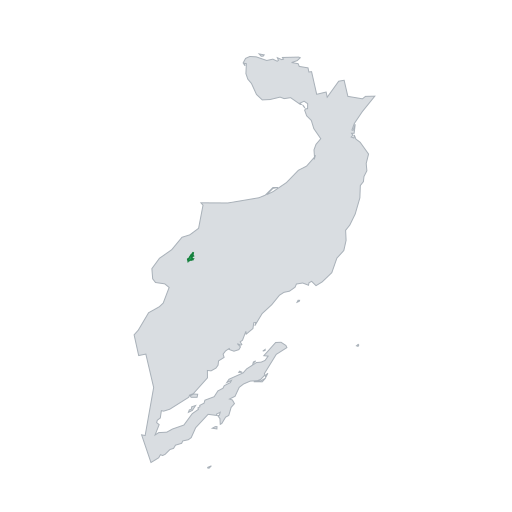 location of Escobedo, Coahuila, Mexico, rotated 257°
{"feature_id": "50627088B23195967378884", "entity_name": "Escobedo", "entity_type": "district", "adm_level": 2, "iso_a3": "MEX", "parent_name": "Mexico", "parent_adm1": "Coahuila", "projection": "equal_earth", "projection_center": [-101.288, 27.307], "detail": "fine", "context": "in_parent", "style": "filled", "palette": "green", "viewbox_px": 512, "rotation_deg": 257, "n_neighbors": 0, "source": "geoboundaries", "source_scale": "gbopen_adm2", "svg_char_len": 4831}
<svg xmlns="http://www.w3.org/2000/svg" viewBox="0 0 512 512"><g transform="rotate(257 256 256)"><path d="M78.4,107.2L107.5,104.3L106.0,107.6L150.9,126.7L185.2,126.6L185.4,119.3L206.6,119.5L210.2,124.6L224.9,138.6L228.3,150.4L231.0,155.0L244.9,164.3L249.4,160.8L252.8,152.1L257.0,150.2L267.1,151.7L275.5,161.4L281.1,175.3L290.9,188.1L291.5,196.2L295.9,206.3L317.4,215.8L320.2,214.3L314.0,240.5L312.1,271.9L313.2,278.7L318.9,287.9L317.8,292.8L318.1,287.8L313.3,280.1L314.9,287.2L320.7,302.2L330.0,316.6L332.2,325.5L338.8,334.7L337.0,334.4L340.8,336.6L339.6,335.3L346.4,336.4L351.3,339.6L355.7,345.5L367.1,341.0L375.6,340.4L381.2,336.9L387.1,336.2L388.3,337.5L387.9,339.4L392.8,340.6L396.0,337.7L395.0,333.0L393.5,334.2L393.8,333.2L402.5,325.3L403.0,318.9L405.4,315.2L405.3,304.9L406.7,297.2L413.3,292.8L425.1,290.4L430.2,287.8L436.0,287.2L445.6,289.9L446.3,288.2L443.8,288.1L447.0,286.9L450.9,290.3L451.8,294.9L450.0,301.0L444.1,310.4L444.0,316.7L441.0,320.5L441.6,321.9L444.4,321.4L441.5,325.3L441.6,327.0L443.5,326.4L440.2,342.3L439.2,343.7L437.1,340.1L436.5,334.2L433.9,340.3L431.0,340.8L427.6,349.0L423.4,348.9L423.1,351.6L399.9,351.5L400.0,361.2L394.7,361.1L407.7,375.9L407.4,381.4L390.9,381.4L385.2,395.1L386.9,398.6L385.0,407.7L372.8,392.1L363.1,381.7L357.2,377.8L356.5,378.8L362.0,382.3L353.5,379.2L354.1,376.7L351.9,377.7L350.5,375.5L348.9,377.9L351.8,379.0L347.5,379.6L343.3,383.1L330.0,388.6L321.4,384.2L314.1,383.2L309.2,379.1L304.3,377.4L301.2,373.5L289.3,370.3L274.6,362.1L265.0,354.3L260.9,349.1L251.0,347.3L241.6,342.8L235.7,334.3L222.7,326.1L215.9,314.7L213.6,307.8L218.8,304.5L218.0,301.6L215.7,300.6L219.2,295.4L219.6,289.1L216.8,287.0L214.2,280.7L214.3,275.0L212.5,270.0L205.0,260.4L198.5,249.0L188.3,239.1L191.2,241.0L191.5,238.8L186.0,236.7L182.1,228.9L184.9,229.2L177.0,223.9L175.9,221.3L172.9,222.3L172.5,221.1L174.8,218.1L170.9,220.4L168.6,218.2L168.2,213.1L171.1,208.6L172.1,209.5L170.3,204.9L167.8,201.9L164.4,202.1L162.2,195.9L158.2,194.5L155.8,191.8L154.2,186.4L155.4,182.9L148.2,181.3L136.0,164.0L135.4,160.0L133.5,158.7L126.1,137.5L125.6,131.1L126.6,129.0L119.7,126.3L118.2,122.9L116.0,121.7L113.5,123.7L104.3,117.4L105.8,121.5L104.4,129.4L106.2,135.7L107.5,147.7L116.7,158.4L119.6,165.5L121.0,165.2L121.7,167.4L123.1,167.6L124.3,172.3L127.0,173.8L128.3,183.6L133.1,188.5L134.6,194.1L136.8,195.9L138.4,202.5L140.3,204.1L139.3,199.1L142.0,202.0L145.0,217.2L148.1,221.5L152.1,232.5L151.4,237.1L152.2,241.3L155.7,245.3L157.1,241.2L167.3,255.7L166.3,261.0L162.1,265.0L159.8,265.5L155.6,253.6L139.5,237.7L138.1,237.9L134.8,233.0L134.2,229.6L135.4,222.2L134.1,215.1L131.8,210.1L124.0,204.0L122.6,198.0L121.0,200.6L117.0,201.8L114.1,197.7L106.8,193.6L105.8,190.1L100.5,185.0L100.0,183.3L105.7,184.3L109.1,182.8L109.0,184.4L111.8,186.0L110.8,182.0L109.5,181.8L112.5,173.7L102.3,158.6L93.6,152.0L92.2,148.7L92.3,143.1L90.2,141.4L89.8,135.0L87.1,132.4L86.8,128.6L83.2,122.8L82.6,120.1L83.9,118.2L81.3,115.8L78.4,107.2ZM135.5,164.3L134.4,168.1L131.6,166.8L132.9,161.0L134.6,160.4L135.5,164.3ZM123.9,163.5L119.9,159.3L118.9,155.0L121.0,156.4L121.4,158.8L123.5,159.4L123.9,163.5ZM450.1,309.2L449.1,307.9L449.5,306.0L452.2,304.5L450.1,309.2ZM134.9,237.9L132.0,233.8L134.0,225.5L133.3,232.9L134.9,237.9ZM98.5,179.6L96.3,179.0L98.0,174.7L98.9,177.9L98.5,179.6ZM61.6,165.3L59.8,162.5L60.3,161.3L60.9,161.4L61.6,165.3ZM137.4,238.0L139.1,241.2L135.4,238.1L137.4,238.0ZM203.4,287.1L203.0,288.5L202.1,287.9L201.7,285.6L203.4,287.1ZM153.3,229.6L153.9,232.1L152.0,228.9L153.3,229.6ZM146.5,213.0L147.5,214.1L145.8,216.4L146.5,213.0ZM146.9,335.7L146.1,336.1L145.0,335.1L145.9,333.7L146.9,335.7ZM391.1,336.3L389.1,336.9L392.6,335.4L391.1,336.3ZM162.9,243.9L161.9,243.6L161.8,241.2L162.9,243.9Z" fill="#d9dde1" stroke="#a8b0b8" stroke-width="1"/><path d="M266.2,188.7L266.3,188.8L266.3,189.0L266.4,189.4L266.4,189.8L266.5,190.0L266.9,190.8L266.6,192.0L266.8,192.0L267.0,192.0L266.9,192.6L266.8,193.0L266.6,193.6L266.8,193.7L266.8,193.8L267.0,193.9L267.1,194.0L267.1,193.9L267.2,194.0L267.3,194.1L267.4,193.9L267.5,193.9L267.7,193.7L267.8,193.7L268.0,193.5L268.0,193.4L268.5,192.6L268.7,192.8L268.8,192.8L269.0,192.9L269.0,193.0L269.3,193.2L269.4,193.4L269.6,193.7L270.0,193.7L269.9,193.8L269.8,194.0L269.9,194.4L270.0,194.4L270.1,194.5L270.3,194.8L270.3,195.0L270.9,194.7L271.6,194.9L272.5,195.3L272.9,195.4L273.2,195.6L273.3,195.5L273.4,195.4L273.3,195.2L273.1,194.9L272.9,194.7L272.6,194.4L272.3,194.3L272.2,194.2L272.0,193.9L272.0,193.7L271.9,193.6L271.9,193.4L271.8,193.2L271.7,193.0L271.4,192.6L271.2,192.4L270.7,192.2L270.6,192.3L270.6,192.0L270.4,191.7L270.2,191.5L270.1,191.4L270.0,191.2L269.8,191.1L269.4,190.9L268.9,190.5L268.8,190.0L268.8,189.8L268.7,189.6L268.6,189.2L267.9,189.2L268.0,188.9L268.0,188.7L267.7,188.7L267.4,188.7L267.0,188.7L266.2,188.7Z" fill="#22c55e" stroke="#15803d" stroke-width="1.5"/></g></svg>